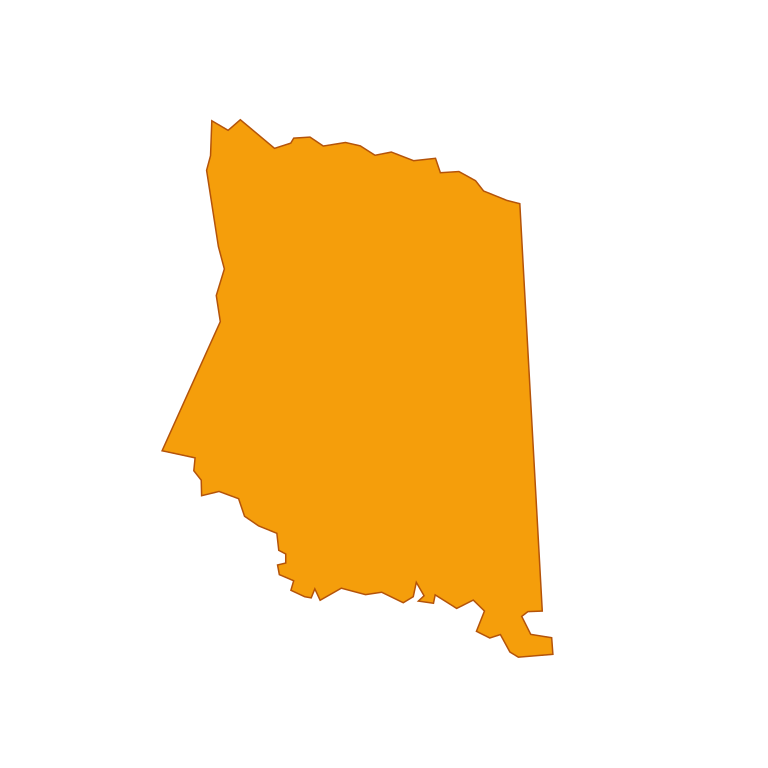 outline of Leon, Texas, United States of America, rotated 115°
{"feature_id": "52423323B32398895201359", "entity_name": "Leon", "entity_type": "district", "adm_level": 2, "iso_a3": "USA", "parent_name": "United States of America", "parent_adm1": "Texas", "projection": "mercator", "projection_center": [-95.92, 31.314], "detail": "fine", "context": "isolated", "style": "filled", "palette": "amber", "viewbox_px": 768, "rotation_deg": 115, "n_neighbors": 0, "source": "geoboundaries", "source_scale": "gbopen_adm2", "svg_char_len": 1059}
<svg xmlns="http://www.w3.org/2000/svg" viewBox="0 0 768 768"><g transform="rotate(115 384 384)"><path d="M165.7,350.4L167.0,375.3L161.1,386.9L159.8,405.9L168.7,422.2L157.7,432.7L169.1,451.5L170.7,475.4L180.5,488.8L178.2,506.1L181.4,521.0L194.0,539.6L191.5,555.4L199.3,569.7L205.1,570.3L216.7,582.8L205.2,625.9L220.0,632.5L218.2,651.3L250.4,637.7L265.3,635.1L329.4,592.2L347.2,577.3L374.7,573.4L396.7,558.7L538.3,556.9L530.8,524.0L543.0,519.7L548.4,509.0L562.3,502.1L551.1,488.1L549.4,467.3L562.8,454.5L565.6,437.7L564.6,418.0L579.2,409.1L579.6,401.2L587.8,397.4L593.0,404.0L601.0,398.3L600.5,382.7L610.3,381.2L610.3,365.9L608.6,359.6L598.9,360.1L607.0,350.5L587.1,336.4L582.7,311.7L573.7,298.1L574.1,274.1L564.4,267.6L550.1,270.9L559.0,258.2L566.2,261.1L561.8,246.5L553.5,248.5L555.2,234.7L556.7,223.3L542.1,211.8L547.3,197.0L569.1,195.7L569.5,180.8L561.9,172.6L573.7,156.6L574.8,146.8L557.6,116.7L543.1,124.8L548.9,145.2L536.4,161.0L529.5,157.4L522.9,144.6L221.2,306.1L163.2,337.1L165.7,350.4Z" fill="#f59e0b" stroke="#b45309" stroke-width="1.5"/></g></svg>